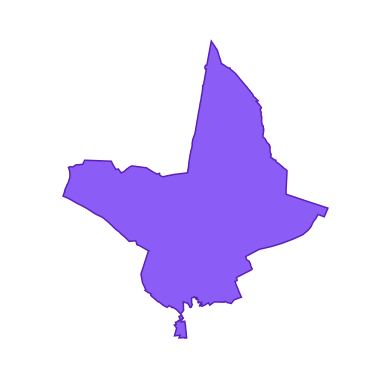 Daugavpils, Daugavpils, Latvia (Mercator projection), rotated 341°
{"feature_id": "27541924B86608938053042", "entity_name": "Daugavpils", "entity_type": "district", "adm_level": 2, "iso_a3": "LVA", "parent_name": "Latvia", "parent_adm1": "Daugavpils", "projection": "mercator", "projection_center": [26.527, 55.896], "detail": "fine", "context": "isolated", "style": "filled", "palette": "violet", "viewbox_px": 384, "rotation_deg": 341, "n_neighbors": 0, "source": "geoboundaries", "source_scale": "gbopen_adm2", "svg_char_len": 5911}
<svg xmlns="http://www.w3.org/2000/svg" viewBox="0 0 384 384"><g transform="rotate(341 192 192)"><path d="M308.5,246.4L306.9,245.1L306.7,245.0L296.7,237.4L280.2,224.7L281.6,220.8L288.8,202.8L288.6,202.2L287.5,200.5L286.9,199.8L286.0,198.1L284.0,194.8L283.9,194.5L281.6,191.2L281.3,190.1L281.7,189.3L281.3,189.1L280.0,187.9L279.8,188.0L279.5,187.2L279.1,186.5L277.6,184.3L278.1,183.7L278.9,182.9L279.1,182.1L279.0,181.5L278.9,180.3L279.1,178.8L279.6,177.0L280.5,175.0L280.6,174.8L280.3,174.5L280.1,173.6L280.5,173.4L280.6,173.0L280.5,172.4L280.3,172.0L279.6,170.4L279.2,169.9L278.9,169.2L278.9,168.2L278.7,167.8L278.7,167.5L278.6,166.2L278.0,164.7L277.4,163.6L276.9,163.0L276.9,162.8L278.2,160.4L278.8,159.0L279.4,158.3L279.6,157.8L279.7,157.5L279.6,156.9L279.7,156.5L279.8,156.3L280.1,156.3L280.4,155.3L280.3,154.8L280.4,154.3L280.7,153.7L280.8,153.1L280.8,152.8L280.5,152.6L280.5,151.8L280.1,151.5L280.1,151.3L280.1,151.0L280.4,150.5L280.4,150.3L280.3,150.2L280.3,149.9L280.4,149.2L280.6,148.9L280.7,148.5L280.8,148.3L280.9,147.9L280.8,147.6L281.2,147.0L281.2,146.5L281.3,146.2L281.6,145.8L281.9,145.2L282.0,145.0L282.0,144.5L282.1,144.4L282.2,144.2L282.4,143.8L282.2,143.0L282.2,142.7L282.3,142.6L282.5,142.5L282.6,142.3L282.5,142.0L282.3,141.6L282.3,141.4L282.4,141.0L282.8,140.7L283.4,139.3L283.4,138.3L283.2,137.4L283.6,135.6L284.6,135.5L285.1,134.7L284.9,134.1L284.3,132.2L283.9,130.6L283.2,129.6L283.0,128.6L282.2,127.3L284.3,127.3L281.1,121.1L281.3,119.7L280.3,117.3L279.7,115.2L278.7,112.8L278.2,110.9L277.4,109.1L273.9,100.1L273.3,98.2L272.1,95.2L271.6,93.9L271.6,94.0L269.7,90.6L268.1,88.3L268.1,87.8L268.4,87.3L268.2,87.0L267.2,87.0L266.3,86.0L265.3,84.8L262.4,80.8L261.9,80.7L261.6,80.5L261.8,76.9L261.9,74.4L261.8,72.8L262.1,66.2L260.2,58.9L259.3,55.7L247.4,76.8L246.4,76.6L245.2,77.5L244.5,79.0L244.8,80.4L245.5,80.6L237.8,94.4L237.3,94.3L236.7,95.1L235.9,97.3L233.6,102.0L232.3,104.0L230.9,107.0L228.8,110.4L226.8,114.2L225.0,117.3L213.9,137.6L209.9,142.5L207.6,146.8L207.8,147.2L205.8,150.8L204.6,152.3L201.5,157.7L198.6,163.3L196.8,167.2L196.8,167.3L196.6,167.7L196.8,167.8L196.0,169.1L195.8,169.0L194.0,172.3L191.5,171.9L180.3,169.5L172.9,168.5L169.3,168.2L167.0,165.7L167.4,163.8L164.6,163.6L161.7,160.4L156.8,154.3L144.4,148.1L143.4,147.7L141.9,148.0L140.4,148.2L139.5,148.7L138.1,148.9L134.7,150.5L133.9,150.5L131.2,150.9L130.9,149.8L129.9,146.3L127.3,145.8L126.8,143.2L126.3,141.4L125.7,136.6L100.9,127.0L97.7,130.2L94.0,129.4L90.7,128.5L90.0,129.0L88.5,129.2L86.9,129.5L85.2,128.4L83.2,128.5L83.2,130.7L83.0,133.3L82.5,134.7L82.1,136.3L81.3,138.3L78.2,142.6L77.3,143.6L76.0,144.6L75.8,145.0L74.5,146.4L72.3,148.9L71.9,149.7L71.7,149.9L71.9,150.5L71.2,150.8L68.7,154.0L72.8,157.5L73.4,158.3L76.0,161.0L76.2,161.4L78.3,163.8L81.1,166.8L83.5,169.1L84.2,170.0L87.0,173.0L93.2,181.0L96.0,183.8L99.1,186.8L99.9,188.0L102.5,192.3L105.1,197.1L106.9,200.8L108.2,203.2L110.2,206.0L111.4,208.8L114.2,213.3L116.5,218.2L122.9,219.8L123.0,222.5L122.7,222.7L122.7,223.0L122.7,223.4L123.0,223.8L123.0,224.3L124.0,224.8L124.5,225.2L126.1,227.0L131.2,232.8L132.0,233.5L131.6,233.6L117.0,253.0L115.7,261.5L116.5,269.2L115.5,269.6L117.2,271.9L117.2,272.1L120.1,274.9L120.0,275.1L119.5,275.7L119.3,276.1L120.0,277.2L119.8,277.4L121.2,279.5L121.5,280.2L121.8,280.6L123.6,283.8L124.1,284.5L124.5,285.0L124.7,284.9L125.8,286.4L126.4,287.3L126.9,288.2L127.8,289.5L129.0,291.0L131.1,293.0L133.3,291.9L135.7,294.9L135.7,295.0L135.9,295.1L136.5,294.8L136.9,295.3L137.7,296.4L139.1,298.2L139.8,299.7L140.0,300.1L141.3,302.9L141.4,303.2L141.8,304.2L142.0,304.8L142.0,305.2L139.1,305.5L139.3,309.2L137.2,309.2L137.2,309.8L133.9,309.9L134.0,312.0L132.0,312.0L133.2,315.6L132.1,317.2L128.6,322.3L133.3,323.4L133.5,323.6L133.8,323.5L134.1,323.5L132.2,325.7L134.5,326.4L135.3,326.6L135.5,326.5L136.1,326.7L136.7,327.0L137.3,327.1L137.9,327.4L137.8,327.7L138.8,327.9L139.0,328.2L139.4,328.3L140.5,323.8L141.3,320.3L141.5,319.3L142.3,316.2L142.8,313.9L143.0,311.7L139.4,311.6L139.3,309.7L141.3,309.7L141.4,308.5L142.7,308.5L142.1,305.1L141.7,303.4L143.5,302.5L145.5,301.2L148.0,293.1L149.4,294.2L149.9,294.5L150.2,294.8L150.7,295.1L150.9,295.3L151.3,295.4L151.5,295.7L151.9,296.0L151.9,296.4L152.0,297.3L152.5,297.6L152.4,299.8L152.4,300.2L152.6,300.4L152.9,300.6L153.3,300.7L153.9,300.7L154.1,300.5L154.2,300.3L154.3,299.7L154.9,299.4L155.7,298.4L155.7,298.1L155.5,297.7L155.6,297.1L155.6,296.7L156.1,295.2L156.2,294.7L156.7,293.3L156.8,292.7L157.1,292.2L158.1,292.0L159.0,292.3L159.4,292.1L159.6,291.7L159.9,291.7L160.4,292.4L160.8,292.7L162.1,293.3L162.3,293.4L162.3,293.6L162.1,293.7L160.9,293.3L160.7,293.4L160.6,293.6L160.6,293.8L161.1,293.9L161.4,294.1L161.1,294.6L161.1,294.9L161.2,295.0L161.4,295.1L161.9,294.9L162.3,295.0L162.5,295.3L162.7,295.7L162.7,296.1L162.5,296.6L162.0,297.2L161.8,297.8L161.8,298.8L162.1,299.0L162.3,298.8L162.3,298.6L162.6,298.3L163.0,298.3L163.4,299.2L163.6,299.5L163.9,299.6L164.1,299.6L164.5,299.6L165.0,299.4L165.2,299.5L165.3,299.5L165.2,299.7L164.3,300.2L164.2,300.3L164.1,300.7L164.2,300.8L164.7,300.9L164.8,301.1L164.9,301.3L164.8,301.6L164.4,301.7L163.6,301.1L163.3,301.0L162.7,301.3L162.1,301.9L162.0,302.0L162.3,302.4L163.0,302.4L163.5,302.4L164.2,303.1L164.3,303.3L167.4,303.0L171.5,302.1L171.9,304.8L177.3,303.2L186.7,306.7L187.8,306.2L189.5,308.1L192.9,310.2L196.2,307.9L198.1,307.5L198.7,307.7L199.6,307.6L202.1,307.4L202.2,307.5L204.5,307.6L204.1,303.5L203.9,299.9L203.6,294.3L203.5,290.6L205.9,290.3L206.1,289.1L206.1,287.8L206.2,287.3L217.3,285.7L219.2,285.5L222.5,285.0L223.4,284.8L223.9,284.1L223.5,281.1L223.4,280.2L223.8,279.7L223.8,278.8L223.7,278.5L223.7,278.0L223.6,277.6L223.4,276.8L223.6,276.5L223.5,276.1L221.7,274.0L221.7,270.5L236.8,268.1L249.6,269.4L259.8,269.8L272.8,269.4L282.9,268.4L289.4,265.9L292.9,263.8L297.0,259.6L300.5,257.4L303.7,254.3L305.6,255.7L309.0,258.5L315.3,251.5L308.5,246.4Z" fill="#8b5cf6" stroke="#5b21b6" stroke-width="1.5"/></g></svg>